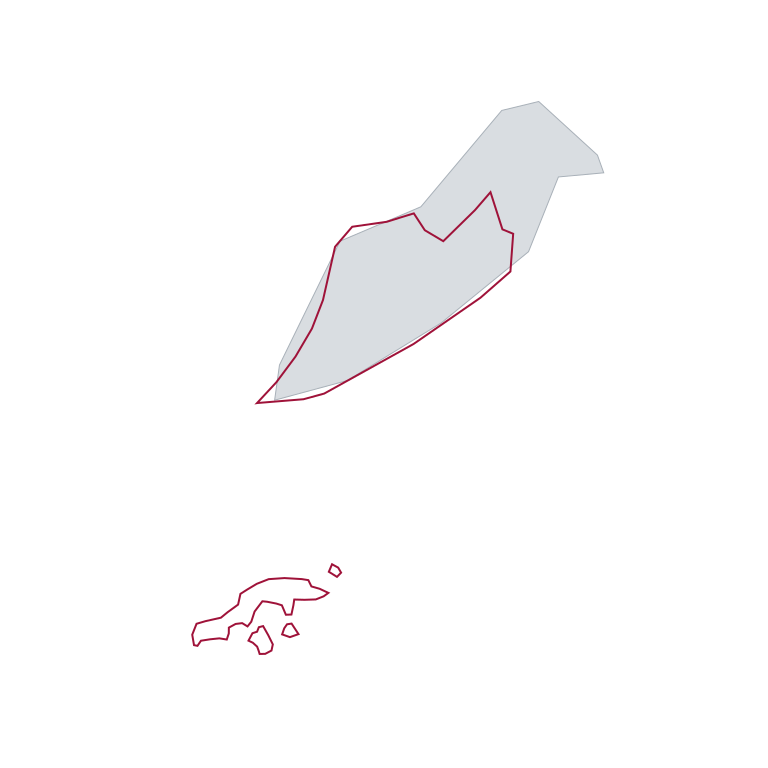 location of Al Janūbīyah within Bahrain, rotated 54°
{"feature_id": "BHR-4926", "entity_name": "Al Janūbīyah", "entity_type": "Governorate", "adm_level": 1, "iso_a3": "BHR", "parent_name": "Bahrain", "parent_adm1": "", "projection": "orthographic", "projection_center": [50.722, 25.854], "detail": "fine", "context": "in_parent", "style": "outline", "palette": "rose", "viewbox_px": 768, "rotation_deg": 54, "n_neighbors": 0, "source": "natural_earth", "source_scale": "10m", "svg_char_len": 1488}
<svg xmlns="http://www.w3.org/2000/svg" viewBox="0 0 768 768"><g transform="rotate(54 384 384)"><path d="M359.6,411.7L332.8,482.0L307.2,457.4L242.6,335.6L262.3,250.0L231.9,127.9L246.4,92.8L324.3,76.8L342.3,82.1L319.0,121.2L361.9,189.3L368.2,301.8L359.6,411.7Z" fill="#d9dde1" stroke="#a8b0b8" stroke-width="1"/><path d="M367.3,215.6L370.9,255.2L369.0,336.5L356.6,438.0L349.0,458.1L324.9,497.7L324.8,497.9L319.3,470.0L309.8,439.5L296.8,409.7L280.2,384.0L244.2,342.9L238.1,317.3L254.4,286.4L258.9,273.0L263.5,259.6L283.6,260.6L303.3,252.1L296.8,208.2L291.4,185.1L328.5,197.3L338.4,191.2L367.3,215.6ZM498.2,560.5L505.1,561.7L511.9,556.4L520.3,551.8L520.3,557.6L518.2,565.8L511.9,575.1L505.6,583.3L509.8,587.4L516.1,594.4L513.0,599.0L503.0,596.7L498.3,600.2L491.4,606.6L488.3,610.1L492.0,622.4L498.3,631.1L499.9,636.9L494.1,639.3L490.9,645.1L489.9,652.7L494.6,656.2L498.3,661.4L493.0,666.7L488.3,674.8L484.1,683.0L486.2,688.8L483.6,691.2L474.1,686.5L467.8,676.6L470.9,667.9L477.2,653.3L476.7,644.5L476.7,631.7L469.4,623.5L469.9,615.4L470.9,604.3L474.1,592.0L482.5,578.6L493.5,565.2L498.2,560.5ZM514.0,624.7L519.3,625.3L529.3,627.0L533.5,631.7L532.5,638.7L529.3,643.3L526.1,642.2L521.9,641.0L516.2,642.2L512.0,644.5L508.3,636.9L509.8,632.3L507.2,628.2L508.8,624.1L514.0,624.7ZM523.5,599.6L536.1,600.2L533.5,608.9L526.7,613.6L523.0,608.3L521.4,603.7L523.5,599.6ZM499.3,532.0L505.6,529.0L511.4,529.6L512.4,535.4L503.5,539.0L499.3,532.0Z" fill="none" stroke="#9f1239" stroke-width="2"/></g></svg>